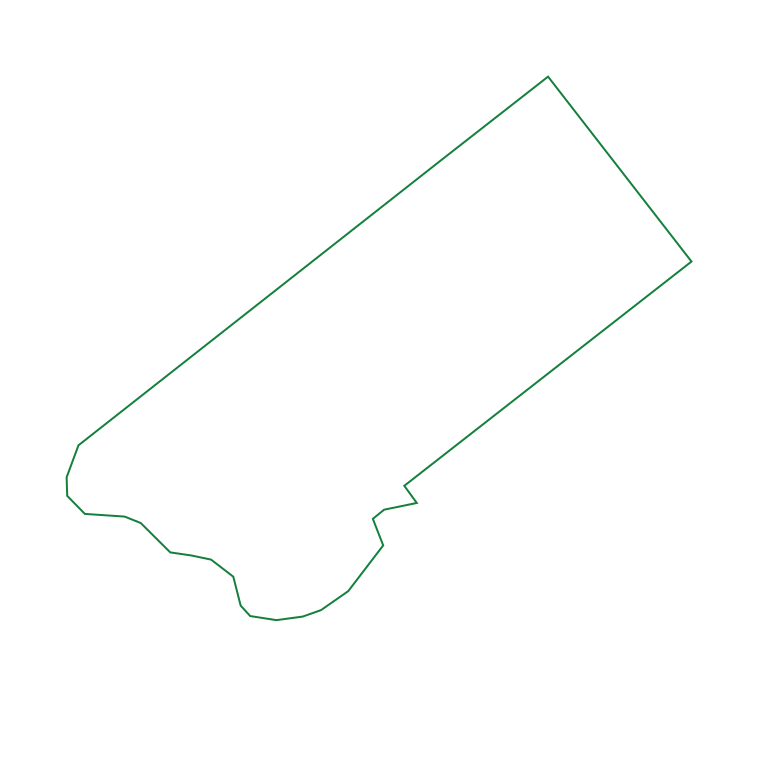 Oliver, North Dakota, United States of America (Robinson projection), rotated 142°
{"feature_id": "52423323B97337379799338", "entity_name": "Oliver", "entity_type": "district", "adm_level": 2, "iso_a3": "USA", "parent_name": "United States of America", "parent_adm1": "North Dakota", "projection": "robinson", "projection_center": [-101.106, 47.138], "detail": "fine", "context": "isolated", "style": "outline", "palette": "green", "viewbox_px": 768, "rotation_deg": 142, "n_neighbors": 0, "source": "geoboundaries", "source_scale": "gbopen_adm2", "svg_char_len": 464}
<svg xmlns="http://www.w3.org/2000/svg" viewBox="0 0 768 768"><g transform="rotate(142 384 384)"><path d="M662.5,523.8L691.5,505.9L702.5,490.9L699.7,465.8L670.0,439.2L661.3,424.2L656.1,382.9L641.5,367.6L628.4,352.1L621.4,324.9L633.4,297.6L632.3,283.5L614.2,264.2L591.3,250.8L572.8,244.6L539.7,242.8L484.0,257.3L475.8,284.6L461.3,284.9L431.4,270.1L430.7,291.3L66.3,291.2L65.5,525.2L201.7,525.2L662.5,523.8Z" fill="none" stroke="#15803d" stroke-width="2"/></g></svg>